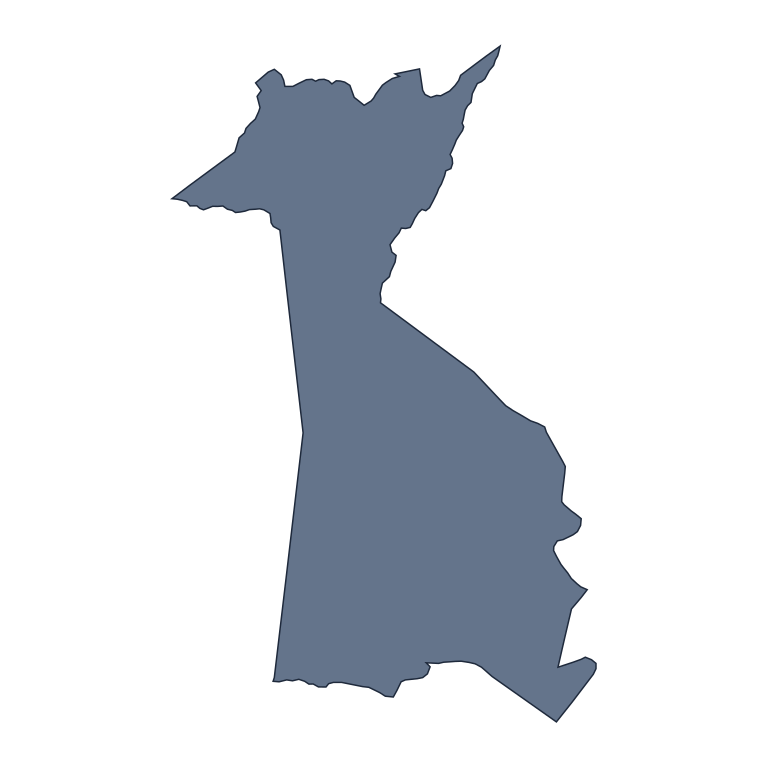 Pedra, Pernambuco, Brazil
{"feature_id": "56859067B75166120123114", "entity_name": "Pedra", "entity_type": "district", "adm_level": 2, "iso_a3": "BRA", "parent_name": "Brazil", "parent_adm1": "Pernambuco", "projection": "mercator", "projection_center": [-36.895, -8.673], "detail": "fine", "context": "isolated", "style": "filled", "palette": "slate", "viewbox_px": 768, "rotation_deg": 0, "n_neighbors": 0, "source": "geoboundaries", "source_scale": "gbopen_adm2", "svg_char_len": 2827}
<svg xmlns="http://www.w3.org/2000/svg" viewBox="0 0 768 768"><path d="M430.1,666.8L426.2,662.8L438.6,663.4L443.7,662.2L450.1,661.8L455.2,661.4L461.2,661.2L469.0,662.4L475.1,663.8L481.5,667.2L492.1,676.5L499.9,682.0L556.4,721.9L572.2,702.0L593.3,674.3L596.0,668.7L596.0,663.4L591.5,659.7L585.3,657.2L581.2,659.3L573.2,662.2L558.0,667.2L562.2,648.7L564.9,637.0L571.5,608.9L581.1,597.6L587.2,589.7L580.7,586.8L576.9,583.7L571.3,578.5L567.6,572.8L564.1,568.5L561.0,564.5L556.5,556.4L553.6,550.6L553.8,546.6L557.3,540.9L563.1,539.6L573.2,534.7L577.4,531.6L580.6,525.4L581.2,518.7L575.7,514.2L571.3,511.0L564.1,504.8L561.7,501.7L561.9,496.6L564.7,473.4L565.3,466.5L562.9,461.8L546.4,432.3L544.7,427.0L537.8,423.4L530.5,420.8L524.0,416.9L512.9,410.5L505.7,405.7L499.7,399.5L473.8,372.0L434.7,343.0L380.5,302.8L380.9,298.9L380.1,293.7L381.0,289.3L382.4,283.1L389.4,276.7L390.8,271.4L395.1,262.1L396.1,255.4L391.9,252.1L390.0,244.7L394.8,237.9L399.0,232.9L401.3,228.1L405.7,228.5L410.2,227.4L412.3,223.7L414.7,218.5L418.4,212.7L421.9,209.4L425.8,210.7L429.5,207.7L433.0,201.1L436.9,193.3L438.7,188.5L441.3,184.2L442.9,180.1L444.6,175.7L445.8,170.8L450.9,168.6L452.6,163.4L452.1,158.2L450.1,154.5L452.2,150.1L454.8,144.1L456.3,140.1L459.3,135.3L462.5,130.5L463.7,126.8L462.1,123.2L463.3,119.4L464.1,115.1L465.1,110.1L467.6,105.7L471.0,102.4L472.3,93.7L477.3,83.5L481.5,81.6L484.8,78.9L489.4,70.4L493.6,65.4L495.3,60.0L497.7,55.8L499.0,50.8L500.1,46.1L486.9,55.6L476.3,63.5L460.6,75.3L458.7,80.5L455.0,85.6L449.7,91.0L440.7,95.8L436.6,95.4L430.8,97.4L425.0,94.5L422.7,90.3L419.5,68.9L395.1,73.9L399.4,76.4L392.3,78.5L386.0,82.5L382.4,85.2L380.0,88.5L375.8,94.2L373.7,98.0L371.1,101.0L364.1,105.3L359.3,101.4L354.2,97.4L349.9,85.4L344.7,82.1L340.2,81.0L336.2,80.8L331.9,83.9L328.6,80.9L324.1,79.3L319.0,79.6L315.6,81.2L312.0,79.3L306.4,79.7L299.3,83.1L292.9,86.4L284.9,86.4L283.6,80.1L281.2,74.8L274.3,69.3L268.2,72.1L255.6,82.9L258.3,86.6L261.2,90.6L257.1,96.4L258.1,100.1L260.0,107.6L258.7,111.6L255.3,119.1L250.5,123.4L246.0,128.4L244.5,133.0L239.1,137.8L236.3,147.4L234.9,152.0L189.6,185.4L172.0,198.7L177.2,199.2L182.6,200.4L186.7,201.7L190.0,205.9L196.8,205.8L199.9,208.4L203.5,209.8L208.1,208.1L212.6,206.3L217.6,206.4L222.9,206.0L227.4,209.2L232.3,210.4L235.5,212.5L240.3,212.0L245.1,211.1L249.4,209.6L255.6,209.2L259.6,208.8L263.8,209.8L270.0,213.5L270.7,218.0L271.1,222.7L273.3,226.4L279.9,230.0L281.4,243.1L287.6,298.0L303.1,432.9L286.7,573.0L274.3,677.6L273.1,681.3L279.1,681.8L286.7,679.9L292.5,680.8L298.8,679.3L304.7,681.3L308.9,684.1L313.2,684.0L318.4,686.9L326.0,687.0L328.6,683.7L333.4,682.4L341.6,682.4L362.6,686.6L368.8,687.3L375.0,690.3L379.7,692.6L385.3,696.2L393.3,697.0L397.0,690.3L401.1,681.8L405.4,679.9L417.2,678.7L422.7,677.6L427.4,673.9L430.1,666.8Z" fill="#64748b" stroke="#1e293b" stroke-width="1.5"/></svg>